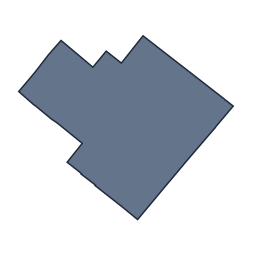 the district of Balcarce, Buenos Aires, Argentina, rotated 356°
{"feature_id": "61730980B79646305787935", "entity_name": "Balcarce", "entity_type": "district", "adm_level": 2, "iso_a3": "ARG", "parent_name": "Argentina", "parent_adm1": "Buenos Aires", "projection": "natural_earth1", "projection_center": [-58.205, -37.757], "detail": "fine", "context": "isolated", "style": "filled", "palette": "slate", "viewbox_px": 256, "rotation_deg": 356, "n_neighbors": 0, "source": "geoboundaries", "source_scale": "gbopen_adm2", "svg_char_len": 689}
<svg xmlns="http://www.w3.org/2000/svg" viewBox="0 0 256 256"><g transform="rotate(356 128 128)"><path d="M172.5,177.1L181.7,167.5L193.5,155.5L202.0,146.9L206.9,141.9L207.2,141.6L207.6,141.2L214.2,134.6L214.9,134.0L215.9,132.6L233.2,114.8L233.3,114.7L234.1,113.9L234.5,113.5L227.4,107.1L226.9,106.9L226.5,106.2L215.9,96.7L188.4,72.0L187.2,71.0L162.9,49.2L149.4,37.1L125.9,62.8L111.6,49.8L97.2,64.9L67.3,36.0L60.6,42.6L53.6,49.6L39.8,65.1L34.0,71.2L21.5,84.0L35.9,98.5L36.4,98.7L52.4,113.9L55.3,116.1L58.0,118.3L81.3,140.1L64.9,157.9L78.4,170.2L78.0,170.7L91.6,182.7L91.2,183.2L116.7,206.3L131.2,220.0L162.0,187.9L172.5,177.1Z" fill="#64748b" stroke="#1e293b" stroke-width="1.5"/></g></svg>